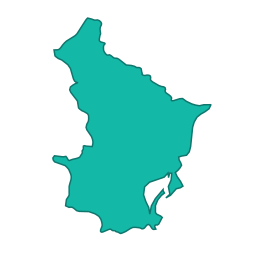 the County of Fier, rotated 185°
{"feature_id": "ALB-1495", "entity_name": "Fier", "entity_type": "County", "adm_level": 1, "iso_a3": "ALB", "parent_name": "Albania", "parent_adm1": "", "projection": "robinson", "projection_center": [19.627, 40.746], "detail": "fine", "context": "isolated", "style": "filled", "palette": "teal", "viewbox_px": 256, "rotation_deg": 185, "n_neighbors": 0, "source": "natural_earth", "source_scale": "10m", "svg_char_len": 3429}
<svg xmlns="http://www.w3.org/2000/svg" viewBox="0 0 256 256"><g transform="rotate(185 128 128)"><path d="M47.6,158.4L47.5,158.2L48.9,154.3L52.5,151.1L56.8,148.1L60.2,144.8L62.6,139.7L63.7,134.3L64.0,114.8L64.9,109.6L67.3,106.0L72.2,104.7L75.0,103.5L74.3,100.7L72.3,97.6L71.4,95.6L72.6,93.0L74.5,90.3L76.3,88.4L77.0,87.8L74.9,84.0L70.9,79.2L68.2,74.9L70.5,73.1L74.6,71.7L79.8,64.7L84.2,61.7L80.5,65.6L82.7,73.2L80.5,79.8L80.5,86.7L82.5,86.7L83.4,82.0L83.3,83.0L83.7,84.1L84.2,86.7L87.7,82.2L101.8,75.9L106.3,70.9L106.7,62.8L103.9,56.4L100.4,50.5L98.8,44.1L97.9,52.5L94.6,60.0L87.7,69.8L87.5,68.4L86.0,66.4L88.9,63.7L92.0,59.1L93.9,53.1L93.3,46.3L92.0,44.7L87.7,43.1L86.1,41.9L89.0,35.0L89.6,34.5L90.4,33.9L91.2,34.0L92.6,33.4L92.8,32.4L92.5,31.4L91.4,29.7L91.6,29.6L92.2,29.5L93.6,29.2L94.5,29.4L95.5,30.2L97.7,33.0L99.3,33.7L100.4,33.2L101.4,32.0L102.9,29.8L104.1,29.0L105.5,28.8L106.6,29.3L107.7,29.6L111.9,29.7L114.5,29.4L116.7,28.2L121.3,24.7L124.0,23.2L126.0,22.3L126.9,22.5L128.9,23.4L130.9,23.7L131.2,23.9L131.5,24.2L131.9,24.5L134.5,24.5L135.3,24.9L135.8,25.4L137.2,25.7L138.6,25.1L143.3,22.6L144.7,22.0L145.4,22.0L145.9,22.2L146.3,22.6L146.4,23.4L146.4,24.1L145.7,26.5L145.2,28.5L145.4,29.8L145.9,31.9L147.1,34.8L149.3,37.5L153.2,39.6L159.7,41.3L169.3,40.7L172.0,41.2L174.8,43.2L176.7,44.2L178.7,44.1L179.8,43.8L183.4,45.1L183.1,51.4L181.0,55.3L180.8,56.4L181.5,64.2L181.4,65.8L180.3,71.6L180.2,73.3L180.4,75.2L181.1,77.2L183.5,81.7L185.8,83.9L187.4,85.1L198.2,87.9L199.6,89.5L199.9,90.3L200.2,91.6L199.4,93.0L198.8,93.9L190.1,93.6L187.4,94.3L186.1,92.9L184.9,91.1L184.2,90.6L183.6,90.5L180.6,91.9L176.6,93.2L174.6,94.1L173.4,94.9L172.7,96.5L171.5,98.7L171.4,99.6L171.6,100.5L171.7,101.2L170.8,102.8L170.7,103.9L170.9,105.1L170.8,106.2L169.6,106.6L168.3,106.3L162.0,106.4L161.6,109.8L161.7,111.2L162.4,113.7L163.7,116.4L168.8,122.6L169.8,124.9L169.4,128.0L168.1,131.2L168.0,132.3L168.0,133.6L168.2,135.9L168.6,137.5L169.7,138.8L173.2,140.5L175.4,141.2L177.7,142.6L179.0,143.7L180.7,150.5L188.0,158.4L189.4,160.9L188.9,163.8L186.7,165.9L184.6,167.4L182.8,168.3L182.3,168.7L182.6,169.0L183.9,169.2L185.3,170.1L186.6,172.1L190.5,182.2L193.4,185.8L199.9,190.0L203.6,191.2L206.0,192.7L207.0,193.5L208.5,199.3L204.7,199.8L203.4,200.5L202.1,202.0L200.4,204.9L198.7,207.2L196.9,209.2L188.8,215.3L187.0,217.4L179.4,231.9L178.4,233.3L177.8,234.0L174.0,233.4L170.5,232.5L167.8,233.0L165.8,232.4L164.1,231.0L163.5,229.8L163.5,228.4L164.0,227.2L164.4,225.6L164.5,224.0L163.7,220.4L163.5,219.3L163.9,218.3L164.3,215.0L164.3,212.9L163.7,212.0L162.7,211.4L158.7,210.6L158.3,210.2L158.3,209.7L158.6,209.3L159.0,208.9L159.4,207.8L159.5,206.3L159.1,203.3L158.2,201.6L156.5,199.7L155.5,199.0L154.4,198.8L153.7,199.0L153.0,199.3L152.3,199.1L150.9,198.4L149.2,197.2L147.9,196.5L146.8,196.4L145.7,196.5L144.7,196.4L142.9,195.6L135.3,190.6L130.3,190.6L126.8,190.0L124.8,189.0L122.3,189.2L120.9,188.8L120.0,188.1L119.2,185.0L118.6,183.7L118.8,183.1L118.6,182.6L118.1,182.2L116.9,181.8L115.6,181.8L113.6,182.4L111.8,182.4L110.6,182.0L109.9,180.8L109.8,179.9L109.9,178.9L109.8,178.1L109.0,177.1L107.4,176.0L101.0,173.0L98.4,172.3L96.0,172.1L94.6,171.4L94.0,169.8L94.3,168.6L94.1,167.4L93.0,166.2L90.0,164.5L88.3,163.3L87.3,162.1L87.2,161.2L87.3,160.4L87.3,159.5L86.7,159.0L85.3,159.1L78.9,161.7L76.2,162.1L72.1,159.6L66.4,157.5L62.6,156.7L58.7,156.4L54.4,157.8L47.7,158.4L47.6,158.4Z" fill="#14b8a6" stroke="#0f766e" stroke-width="1.5"/></g></svg>